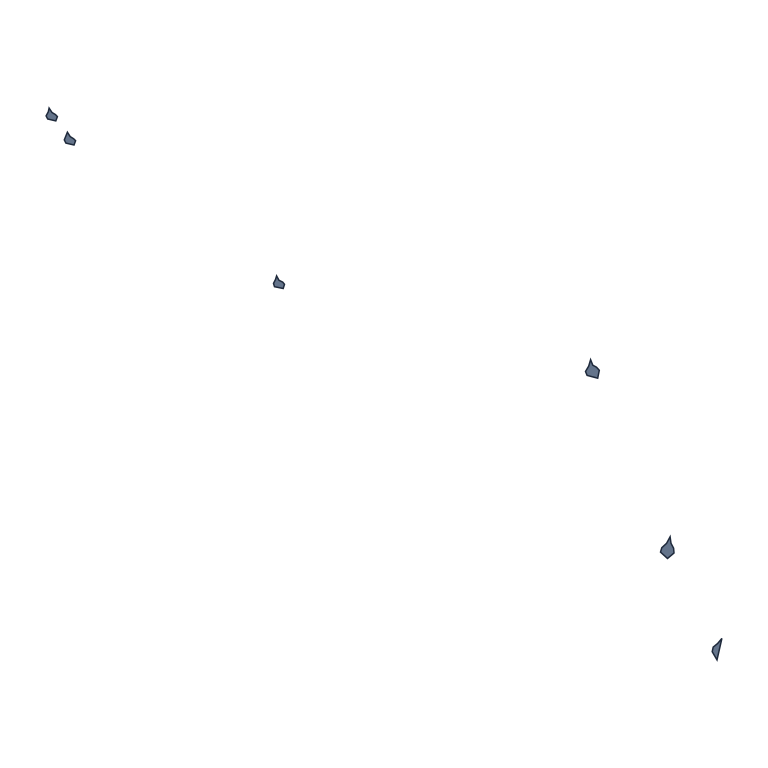 an SVG outline of Shaviyani
{"feature_id": "MDV-5225", "entity_name": "Shaviyani", "entity_type": "Atoll", "adm_level": 1, "iso_a3": "MDV", "parent_name": "Maldives", "parent_adm1": "", "projection": "robinson", "projection_center": [73.113, 6.266], "detail": "coarse", "context": "isolated", "style": "filled", "palette": "slate", "viewbox_px": 768, "rotation_deg": 0, "n_neighbors": 0, "source": "natural_earth", "source_scale": "10m", "svg_char_len": 720}
<svg xmlns="http://www.w3.org/2000/svg" viewBox="0 0 768 768"><path d="M670.1,536.8L671.0,543.3L673.6,548.2L674.0,553.0L667.5,558.5L660.5,552.1L661.8,547.7L666.6,543.3L670.1,536.8ZM590.6,359.7L592.8,365.2L596.5,367.2L599.3,370.3L597.7,378.2L587.1,375.4L585.5,371.5L588.7,366.1L590.6,359.7ZM717.6,643.5L721.9,638.4L717.0,659.9L712.2,651.7L713.2,647.1L717.6,643.5ZM67.4,132.2L70.2,136.6L73.7,138.8L75.6,140.7L74.0,145.0L65.9,143.1L64.3,139.9L67.4,132.2ZM49.1,108.1L52.0,112.5L55.5,114.6L57.4,116.6L55.8,120.9L47.7,119.0L46.1,115.9L48.3,111.8L49.1,108.1ZM276.6,275.9L279.0,280.3L282.7,282.1L284.5,284.3L283.2,288.5L274.5,286.7L273.5,283.4L275.5,279.5L276.6,275.9Z" fill="#64748b" stroke="#1e293b" stroke-width="1.5"/></svg>